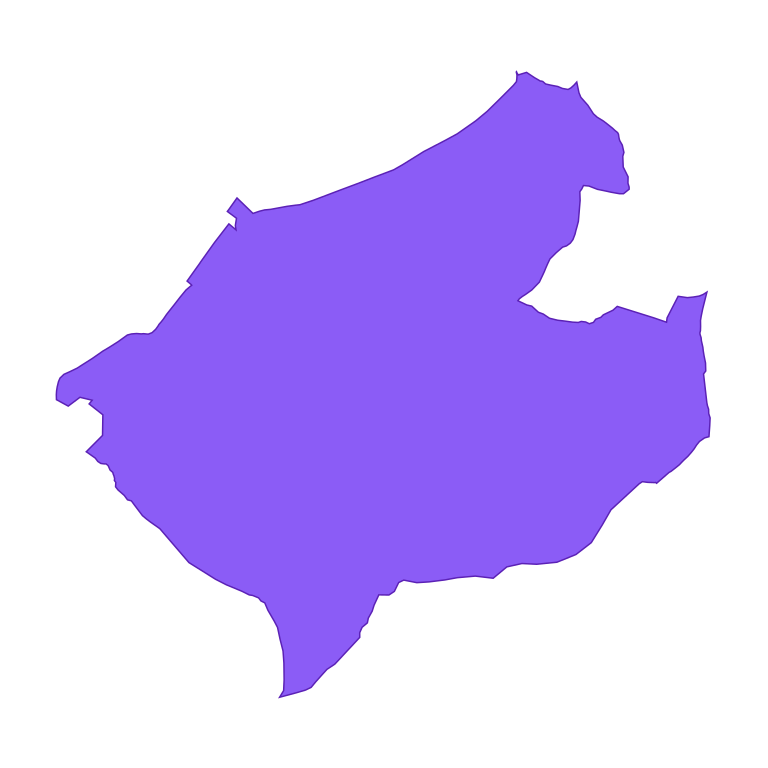 the district of San Martín Totoltepec, Puebla, Mexico, rotated 182°
{"feature_id": "50627088B50447726374010", "entity_name": "San Martín Totoltepec", "entity_type": "district", "adm_level": 2, "iso_a3": "MEX", "parent_name": "Mexico", "parent_adm1": "Puebla", "projection": "mercator", "projection_center": [-98.357, 18.658], "detail": "fine", "context": "isolated", "style": "filled", "palette": "violet", "viewbox_px": 768, "rotation_deg": 182, "n_neighbors": 0, "source": "geoboundaries", "source_scale": "gbopen_adm2", "svg_char_len": 3733}
<svg xmlns="http://www.w3.org/2000/svg" viewBox="0 0 768 768"><g transform="rotate(182 384 384)"><path d="M262.7,700.4L261.9,697.5L261.9,694.0L262.2,690.8L265.1,687.0L277.4,673.8L290.4,660.1L301.5,650.2L319.5,636.6L331.0,629.8L352.4,617.7L373.7,603.4L382.0,598.3L399.8,590.9L418.3,583.0L435.9,575.7L460.9,565.2L474.4,560.2L478.7,559.6L487.0,558.2L503.3,554.6L509.4,553.8L514.3,552.4L520.9,549.9L537.4,564.8L545.1,553.1L546.6,551.0L546.2,550.7L537.2,544.5L538.1,537.3L537.3,532.9L544.6,538.6L544.9,538.2L558.4,519.4L558.7,518.9L559.0,518.5L571.9,499.0L572.0,498.7L572.2,498.4L584.4,480.0L580.0,476.5L579.6,476.0L581.8,474.1L585.1,471.1L590.7,463.8L596.4,455.9L598.7,452.8L603.7,446.0L606.8,441.1L609.1,438.0L610.9,435.8L612.0,433.8L614.1,430.7L617.6,427.2L621.4,425.6L626.2,425.9L628.3,425.6L632.9,425.8L634.9,425.6L638.2,425.2L642.2,424.0L651.1,417.1L660.0,411.0L666.1,407.1L676.6,399.2L682.3,395.3L686.4,392.5L691.3,389.1L698.7,385.2L704.2,382.5L708.0,378.6L709.4,375.0L710.5,369.7L711.0,365.6L711.1,361.7L710.8,356.9L698.8,350.9L687.4,360.1L675.1,357.6L678.0,353.8L663.9,343.4L663.5,322.8L679.2,305.9L670.0,299.9L667.3,296.6L664.2,294.7L661.2,294.4L658.9,294.4L656.9,292.9L656.0,291.1L654.8,288.5L652.0,286.2L651.3,284.0L650.8,283.1L649.9,280.0L650.1,278.2L648.6,276.3L648.7,271.9L646.1,268.8L639.7,263.6L636.3,259.3L632.4,258.4L629.0,254.1L620.8,244.0L616.7,240.8L612.6,237.9L603.0,231.6L572.7,198.7L545.6,183.0L534.5,177.8L519.0,172.0L511.3,168.5L507.9,168.1L501.9,165.9L499.4,162.9L495.5,161.1L492.1,153.8L485.3,143.0L481.9,137.0L479.0,125.4L475.6,113.7L474.3,101.7L473.5,84.9L473.6,74.1L477.4,67.3L460.7,72.4L451.7,75.4L446.2,78.3L441.9,83.9L435.8,91.2L431.1,96.8L423.3,102.4L399.4,129.9L399.6,134.6L397.4,140.1L392.3,144.7L391.5,149.5L387.9,156.5L386.2,162.6L381.8,173.1L371.7,173.3L366.4,177.1L362.4,186.1L357.4,188.7L344.3,186.6L332.1,187.8L316.4,190.3L304.0,193.0L286.0,195.2L268.1,193.7L254.9,205.5L239.9,209.4L225.1,209.2L205.0,211.9L186.2,220.3L171.3,232.7L161.1,250.5L152.8,266.2L125.6,293.1L122.4,295.4L116.8,294.9L109.6,294.9L109.0,295.1L108.1,294.3L96.0,305.6L94.1,306.7L89.8,310.3L85.9,313.7L83.7,316.2L81.6,318.5L77.8,322.3L74.3,326.6L71.8,330.0L69.5,333.9L66.7,337.6L61.8,341.3L57.4,342.7L57.0,353.5L56.9,361.5L58.4,365.7L58.7,370.1L60.0,373.6L60.7,376.6L65.0,405.2L62.9,408.2L63.4,416.2L65.1,423.3L66.1,428.3L66.6,431.8L68.3,438.3L68.7,441.3L69.9,444.7L70.1,446.1L69.6,448.3L69.6,452.4L69.9,458.6L69.4,462.6L68.1,470.3L65.7,481.5L64.5,487.1L68.2,484.6L72.0,482.9L78.0,481.7L83.8,480.9L93.1,481.9L103.4,460.0L103.8,455.6L116.9,459.6L153.6,469.7L157.8,465.7L167.2,460.8L169.6,458.2L174.7,456.1L176.8,452.9L180.9,451.4L184.6,453.0L189.1,453.4L191.9,452.3L197.6,452.4L205.5,453.2L212.7,453.8L220.9,455.5L227.3,459.5L232.2,461.1L239.1,467.0L244.1,468.0L248.2,469.8L250.4,470.7L251.3,471.1L253.1,471.9L251.7,473.9L248.8,476.3L245.6,478.5L239.6,483.1L232.3,491.2L229.4,497.9L227.7,501.9L226.5,505.2L224.6,510.0L222.5,514.8L216.4,521.3L210.3,527.0L206.4,528.4L202.7,531.3L200.2,534.9L198.3,540.5L197.6,544.0L196.6,548.0L195.4,553.4L194.4,574.3L195.0,583.0L193.2,585.7L191.6,589.3L186.1,589.0L177.5,586.0L172.1,585.1L168.6,584.5L163.8,583.6L155.4,582.4L151.3,582.5L145.8,587.2L145.9,589.4L147.2,593.2L147.3,599.6L152.5,609.2L153.3,619.9L152.3,623.8L154.2,631.1L156.8,635.3L157.4,636.9L157.9,639.0L158.4,641.8L159.3,643.4L162.0,645.4L164.5,647.6L168.0,650.2L173.8,654.4L180.3,658.1L184.2,661.4L187.4,666.0L190.0,669.7L197.3,677.4L199.3,681.8L201.9,692.5L204.6,689.3L207.6,686.4L210.3,684.8L216.0,685.6L220.7,687.4L227.8,688.5L233.0,689.5L235.9,691.9L237.2,692.2L238.3,692.2L240.5,693.4L244.3,695.4L252.4,700.4L260.6,697.6L261.9,699.4L262.5,700.7L262.7,700.4Z" fill="#8b5cf6" stroke="#5b21b6" stroke-width="1.5"/></g></svg>